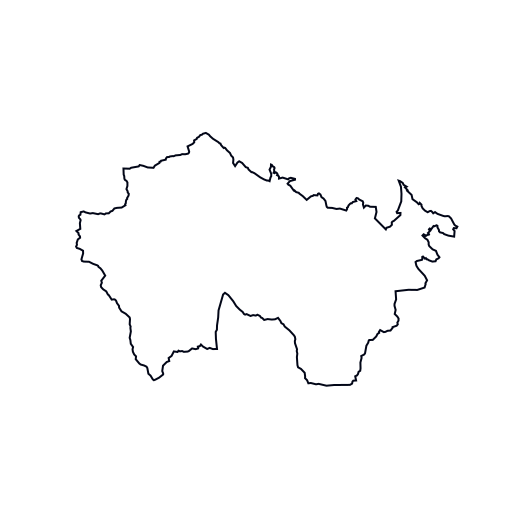 Hoa Vang, Quàng Nam, Vietnam (Equal Earth projection), rotated 313°
{"feature_id": "81297802B86432819232797", "entity_name": "Hoa Vang", "entity_type": "district", "adm_level": 2, "iso_a3": "VNM", "parent_name": "Vietnam", "parent_adm1": "Quàng Nam", "projection": "equal_earth", "projection_center": [108.008, 16.067], "detail": "fine", "context": "isolated", "style": "outline", "palette": "ink", "viewbox_px": 512, "rotation_deg": 313, "n_neighbors": 0, "source": "geoboundaries", "source_scale": "gbopen_adm2", "svg_char_len": 6150}
<svg xmlns="http://www.w3.org/2000/svg" viewBox="0 0 512 512"><g transform="rotate(313 256 256)"><path d="M367.0,290.0L365.1,290.2L364.5,291.9L361.5,290.0L359.8,290.1L359.1,289.3L358.3,289.2L356.0,289.2L354.4,289.9L353.4,289.6L352.5,290.6L350.8,291.0L347.9,285.0L345.3,282.8L343.1,278.9L340.2,275.5L340.2,274.3L340.8,273.2L343.6,269.3L344.1,266.2L343.7,263.8L344.9,261.2L344.7,259.3L343.8,258.9L342.2,259.6L339.8,256.6L338.8,256.6L337.1,255.5L331.6,254.8L331.7,249.4L331.2,245.0L331.4,244.2L330.1,241.8L330.2,239.7L329.8,239.8L329.6,239.1L330.8,233.1L330.2,231.0L330.4,229.8L333.9,229.7L338.4,232.5L339.0,231.9L336.9,228.1L335.3,227.2L334.0,227.3L331.5,222.0L328.3,220.0L329.6,218.8L329.9,217.8L329.5,216.3L330.5,216.1L330.9,214.6L330.7,213.4L329.2,213.1L328.9,212.1L330.3,211.7L331.7,210.1L333.0,209.6L333.4,208.7L333.0,207.2L333.4,205.4L333.1,204.6L331.4,206.1L328.4,207.0L326.5,211.1L324.6,212.8L323.4,213.0L320.0,214.9L319.5,213.3L318.7,212.7L317.5,209.7L316.4,205.4L315.5,198.4L314.7,195.9L314.2,195.5L314.2,191.5L314.9,189.9L314.0,187.9L314.6,182.4L313.8,179.1L311.7,178.7L307.5,179.4L308.4,175.8L311.1,173.7L312.4,172.0L312.5,169.4L313.6,166.7L313.5,162.7L314.0,159.8L313.7,159.0L313.0,158.8L313.0,157.8L313.3,154.9L314.0,153.3L313.5,152.5L313.6,150.9L312.4,144.6L312.3,140.8L312.6,138.8L311.8,135.4L309.2,133.8L307.7,133.7L306.5,132.8L304.2,133.0L302.3,132.3L301.2,132.8L298.3,131.9L297.0,133.3L294.7,133.2L289.5,131.2L286.8,135.9L285.9,136.5L284.5,136.5L282.1,134.8L280.1,132.5L278.2,131.7L274.8,128.6L272.8,127.7L272.1,126.8L270.0,125.1L269.1,124.9L267.7,123.5L265.9,123.6L264.9,124.3L260.9,121.6L260.0,121.9L259.1,121.2L258.2,121.9L253.1,120.4L250.6,120.9L246.9,116.4L245.1,112.1L243.2,108.9L241.5,109.1L235.4,104.5L233.7,104.1L229.6,99.4L225.3,103.7L224.6,105.1L222.8,107.0L222.3,108.1L222.6,110.1L222.1,111.8L219.5,114.2L216.6,115.6L215.8,118.0L215.0,118.8L214.7,120.6L213.2,121.6L210.5,122.2L209.9,122.9L208.8,122.8L207.5,123.4L205.7,124.8L204.5,125.0L204.1,125.9L199.8,124.7L196.4,121.5L194.2,120.0L191.1,120.2L189.4,119.3L186.8,119.2L184.8,117.2L183.1,116.8L181.4,113.6L180.8,112.9L178.9,112.0L176.1,107.4L173.9,105.7L171.6,101.5L171.1,99.6L168.5,97.9L166.4,99.4L165.2,99.0L164.2,99.2L163.2,100.4L163.0,102.5L162.6,103.3L159.9,104.8L156.0,109.0L151.8,107.6L151.7,110.6L150.7,111.6L150.3,113.9L149.4,114.9L146.6,114.4L143.3,115.9L142.1,117.4L140.2,118.0L139.7,119.5L141.0,122.2L141.9,125.9L140.0,127.8L134.5,130.6L133.7,132.2L134.5,133.9L137.9,137.8L139.2,142.3L140.9,146.2L141.1,147.2L140.6,148.3L140.9,150.6L140.5,153.5L138.8,159.1L132.4,159.7L131.3,161.5L128.7,162.4L127.6,164.0L127.4,167.0L128.0,170.6L126.8,174.0L127.0,174.9L125.7,180.2L127.6,181.8L128.0,182.9L127.8,184.3L126.7,186.5L126.1,189.8L124.9,191.1L123.8,195.4L124.9,200.1L124.9,205.5L123.9,206.9L119.9,210.2L118.9,212.4L117.7,213.2L115.5,215.9L110.0,219.4L108.8,221.5L106.4,224.3L105.6,228.2L103.6,229.3L102.0,231.3L100.9,234.1L100.8,236.7L98.5,238.4L97.8,244.0L98.0,245.7L99.6,248.8L100.4,251.4L99.9,253.0L96.5,257.6L96.6,260.5L95.4,264.6L95.5,266.0L96.9,266.7L100.9,268.1L106.0,268.9L106.8,268.2L107.9,265.9L112.4,262.8L117.6,263.0L120.0,264.2L121.8,261.7L125.3,262.4L130.2,261.0L132.3,264.1L133.9,263.9L134.4,265.4L136.1,266.8L136.7,268.6L139.4,271.1L140.5,271.7L144.8,272.3L146.7,275.4L148.9,276.7L149.5,276.4L150.1,275.3L151.9,276.4L153.7,276.1L153.6,278.9L154.7,283.7L157.2,284.8L158.5,287.9L161.4,290.9L168.1,283.2L173.0,278.3L175.4,277.7L178.7,274.8L185.2,270.3L190.7,265.7L205.4,258.2L207.9,258.4L208.5,262.5L207.4,270.2L205.9,275.6L205.7,280.7L206.0,284.4L205.4,286.7L205.7,288.0L207.1,288.8L208.4,292.9L210.8,294.2L212.3,296.5L214.0,297.1L214.8,299.7L214.4,301.6L214.9,302.9L214.8,305.6L217.8,307.5L220.3,310.9L222.7,313.1L225.8,314.3L225.1,318.2L224.2,320.4L224.8,322.7L224.0,325.1L224.4,331.1L223.9,337.6L223.5,339.4L222.0,341.5L220.3,342.4L218.8,344.0L215.8,349.6L214.3,350.6L212.8,352.8L210.0,354.8L204.4,360.8L203.3,362.7L204.1,365.9L203.8,371.2L201.6,373.9L200.1,375.2L200.0,378.1L198.6,381.1L200.5,382.7L203.1,387.4L205.2,389.0L209.2,396.0L214.7,400.9L225.8,412.6L228.2,413.3L230.0,412.2L231.2,412.2L233.2,414.1L235.7,410.6L237.5,411.3L239.2,411.1L241.3,410.0L243.1,410.5L245.1,409.1L249.3,405.0L253.5,402.7L254.6,401.2L257.8,402.3L259.2,402.1L265.7,397.9L269.1,397.2L271.1,396.1L271.8,396.1L274.2,398.6L279.2,398.8L281.9,398.0L283.8,398.5L284.3,397.7L286.5,397.3L287.5,401.4L288.8,402.4L291.0,403.2L293.2,405.2L296.6,404.9L297.1,404.4L300.9,406.4L302.7,406.3L303.7,404.8L305.9,404.3L307.5,402.9L308.1,400.7L308.2,397.0L311.8,394.9L314.0,391.3L315.4,390.0L319.8,388.1L325.4,382.1L335.2,390.5L341.2,397.1L347.9,400.8L351.2,399.2L351.6,398.5L354.9,397.7L356.6,392.9L357.3,383.6L357.9,381.2L358.3,379.9L360.4,376.8L362.1,377.1L366.4,380.0L366.9,379.9L368.8,378.2L369.5,378.5L369.3,381.4L370.3,381.7L370.0,383.1L370.5,383.6L370.8,385.4L372.2,388.8L374.6,390.9L376.5,390.2L378.8,391.1L380.2,391.0L380.7,387.8L382.5,384.1L381.3,380.6L381.4,376.0L382.1,374.5L383.8,372.9L384.8,370.2L384.3,367.6L384.5,363.8L386.2,363.8L386.6,365.4L386.3,366.3L386.5,366.5L388.2,366.9L389.6,367.9L389.9,367.8L390.1,366.1L393.3,366.2L393.3,364.4L393.6,364.3L394.6,364.3L395.0,365.9L399.0,365.4L399.3,366.1L401.6,367.1L401.8,368.1L400.7,369.2L399.8,372.0L398.9,373.0L398.8,374.5L400.0,376.5L400.4,377.4L400.3,378.6L402.1,382.8L405.3,387.7L409.7,384.2L410.0,382.0L411.3,381.6L413.0,383.7L414.8,383.2L414.2,381.3L414.2,379.7L416.5,373.1L416.6,370.0L415.9,368.9L413.8,367.0L413.0,365.6L410.6,360.0L410.2,357.0L408.1,356.5L408.4,354.6L408.3,353.2L407.3,352.4L405.1,351.7L404.4,348.6L404.5,345.4L405.5,342.8L406.4,342.0L406.5,339.6L405.5,340.0L404.8,339.7L405.0,337.0L404.3,331.7L406.8,328.1L406.8,322.0L407.5,322.0L407.8,318.2L409.4,318.8L408.7,315.4L409.5,313.5L409.0,310.3L408.4,309.0L405.5,314.8L400.7,320.0L395.0,325.0L386.0,328.7L384.2,328.7L383.6,330.0L386.0,332.3L384.4,333.7L375.8,332.9L374.1,332.3L373.1,332.4L371.5,334.1L368.8,334.0L365.7,332.2L364.0,332.8L364.6,317.3L370.4,314.1L373.6,310.1L369.8,305.8L369.3,303.8L367.8,301.9L365.0,301.9L366.6,299.1L368.1,298.1L368.8,296.7L367.7,293.0L367.7,291.2L367.0,290.0Z" fill="none" stroke="#020617" stroke-width="2"/></g></svg>